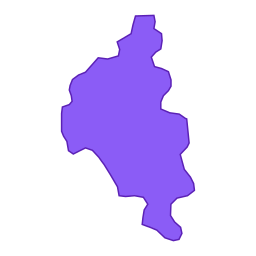 Damyang-gun, South Jeolla, South Korea
{"feature_id": "91817680B48783047676904", "entity_name": "Damyang-gun", "entity_type": "district", "adm_level": 2, "iso_a3": "KOR", "parent_name": "South Korea", "parent_adm1": "South Jeolla", "projection": "mercator", "projection_center": [127.004, 35.284], "detail": "fine", "context": "isolated", "style": "filled", "palette": "violet", "viewbox_px": 256, "rotation_deg": 0, "n_neighbors": 0, "source": "geoboundaries", "source_scale": "gbopen_adm2", "svg_char_len": 1076}
<svg xmlns="http://www.w3.org/2000/svg" viewBox="0 0 256 256"><path d="M98.2,57.8L85.5,72.2L78.6,75.0L72.5,79.5L70.1,85.5L69.3,90.0L71.3,95.7L72.1,101.3L69.3,104.6L62.4,107.0L61.6,113.5L61.6,121.6L61.6,131.3L63.6,136.2L66.9,141.4L68.5,150.7L73.3,154.0L79.0,151.1L85.5,147.9L92.4,150.3L98.8,157.2L101.7,161.3L104.1,164.5L110.6,175.0L117.5,186.8L119.1,195.7L125.6,196.5L134.5,195.7L143.4,197.3L147.8,204.2L144.2,209.9L143.0,217.2L142.2,224.4L147.8,226.5L149.1,226.9L156.8,230.1L164.9,237.8L173.4,240.6L179.0,239.4L181.9,233.4L180.6,227.3L174.6,222.0L170.5,215.5L170.9,204.2L177.0,198.1L187.5,195.7L194.4,190.4L194.4,190.0L193.6,183.5L190.4,177.1L184.3,169.4L180.2,154.4L187.1,147.1L189.1,143.0L186.7,118.9L185.5,118.5L179.2,114.1L169.7,112.8L160.8,109.0L160.8,102.0L163.4,95.7L168.4,90.7L171.0,86.2L171.0,79.9L168.4,71.7L161.5,68.5L154.5,66.6L151.3,57.1L155.8,52.1L160.8,48.9L162.1,40.7L161.5,33.7L153.9,28.6L155.1,21.7L153.9,15.4L135.5,16.0L133.0,24.9L131.1,33.7L117.2,41.9L119.7,49.5L118.4,55.9L107.7,59.0L98.2,57.8Z" fill="#8b5cf6" stroke="#5b21b6" stroke-width="1.5"/></svg>